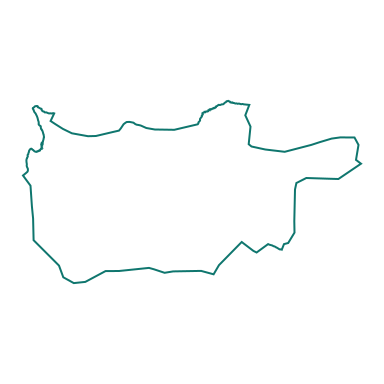 outline of Shine-Ider, Hövsgöl, Mongolia
{"feature_id": "93677404B2181699947628", "entity_name": "Shine-Ider", "entity_type": "district", "adm_level": 2, "iso_a3": "MNG", "parent_name": "Mongolia", "parent_adm1": "Hövsgöl", "projection": "robinson", "projection_center": [99.405, 49.039], "detail": "fine", "context": "isolated", "style": "outline", "palette": "teal", "viewbox_px": 384, "rotation_deg": 0, "n_neighbors": 0, "source": "geoboundaries", "source_scale": "gbopen_adm2", "svg_char_len": 5495}
<svg xmlns="http://www.w3.org/2000/svg" viewBox="0 0 384 384"><path d="M31.1,148.7L30.3,149.1L29.6,149.9L29.3,150.6L29.0,151.0L28.9,151.5L28.9,152.1L28.7,152.5L28.4,153.2L28.3,153.6L28.3,154.1L27.9,154.6L27.6,155.0L27.6,155.6L27.8,156.2L27.7,156.8L27.4,157.2L27.1,157.6L27.1,157.9L27.1,158.1L27.0,158.4L26.6,159.0L26.4,160.3L26.5,162.2L26.7,163.2L26.8,164.2L26.8,164.9L26.7,165.7L26.8,166.3L27.2,167.4L27.8,168.6L27.9,169.5L27.9,170.3L27.7,171.2L27.4,171.8L25.8,173.2L23.0,175.5L30.5,185.7L31.9,206.2L33.1,218.6L33.6,240.2L59.0,265.6L63.3,277.3L73.8,283.1L85.3,281.9L105.5,271.1L119.0,271.0L149.0,267.9L154.0,269.3L164.6,272.8L173.1,271.4L201.1,270.9L213.6,274.3L219.0,265.1L241.7,242.0L253.4,250.9L256.6,252.5L268.1,244.1L268.9,244.5L269.8,244.8L272.0,245.4L272.4,245.5L273.0,245.9L273.5,246.2L274.0,246.3L274.5,246.4L275.8,247.1L276.1,247.4L277.1,247.8L278.5,248.7L279.5,249.3L280.2,249.5L280.8,249.3L281.2,249.3L281.5,249.4L281.8,249.6L284.0,244.1L288.2,243.0L294.5,232.6L294.3,221.2L295.0,189.5L296.4,183.0L306.3,178.0L331.2,178.8L338.4,179.0L361.0,163.7L356.0,159.9L358.5,144.9L354.5,137.5L340.3,137.4L331.6,138.6L319.9,142.1L311.3,144.9L284.7,151.8L265.3,149.5L251.5,146.5L248.7,144.2L250.5,126.6L245.3,115.3L249.3,104.9L243.5,104.3L243.1,104.1L242.7,104.0L242.3,104.0L241.4,104.2L241.0,104.2L240.6,104.0L239.6,103.8L239.2,103.6L238.7,103.6L238.2,103.7L237.6,103.8L236.9,103.5L236.5,103.4L235.6,103.5L235.2,103.5L234.3,103.1L234.0,103.0L233.1,103.0L232.7,102.8L232.6,102.5L232.2,102.4L232.0,102.5L231.8,102.6L231.6,102.7L231.3,102.7L231.0,102.6L230.9,102.4L230.7,102.4L230.3,102.3L230.3,102.1L230.1,101.8L229.8,101.7L229.7,101.6L229.5,101.4L229.2,101.3L228.9,101.3L228.7,101.2L228.2,100.9L227.9,101.1L227.5,101.2L227.2,101.1L226.9,101.2L226.5,101.3L226.4,101.5L226.1,101.9L225.9,102.1L225.7,102.3L225.0,102.6L224.6,102.9L224.3,103.2L223.9,103.7L223.4,104.1L223.0,104.3L222.6,104.3L221.8,104.3L220.5,104.9L219.8,105.0L219.6,105.0L219.2,104.9L218.9,104.8L218.6,104.9L217.8,105.4L217.2,106.0L216.2,106.3L216.0,106.5L215.9,107.1L215.9,107.3L215.1,107.7L215.0,107.8L214.9,107.7L214.7,107.6L214.3,107.9L214.2,108.0L213.8,107.9L213.5,108.0L213.4,108.1L213.4,108.5L212.9,108.6L212.6,108.5L212.4,108.6L212.2,108.7L212.1,108.9L211.8,109.2L211.6,109.3L211.4,109.3L211.0,109.1L210.8,109.1L210.7,109.1L210.5,109.5L210.3,109.5L210.2,109.4L209.9,109.3L209.7,109.3L209.6,109.6L209.6,109.8L209.6,110.0L209.1,109.8L208.6,110.2L208.3,110.3L208.3,110.5L208.2,110.7L208.3,110.9L208.3,111.1L208.0,111.3L207.8,111.4L207.4,111.5L207.1,111.5L206.6,111.4L206.4,111.4L206.1,111.5L205.7,111.6L205.6,112.0L205.4,112.2L205.2,112.1L205.1,111.9L204.8,111.8L204.7,111.8L204.7,112.0L204.7,112.3L204.2,112.4L204.0,112.5L203.5,112.5L203.3,112.6L203.0,112.9L202.4,113.2L202.4,113.3L202.4,113.5L202.6,113.6L202.7,113.8L202.8,114.3L202.8,114.5L202.7,114.6L202.4,115.0L201.9,115.4L201.8,115.6L201.7,115.8L201.7,116.0L201.8,116.1L201.9,116.3L201.9,116.5L200.8,117.9L200.3,118.5L200.1,118.8L200.1,119.1L200.0,119.4L200.0,119.7L200.1,120.1L200.0,120.5L199.8,120.9L199.4,121.4L198.9,121.9L198.5,122.3L198.4,122.5L198.4,123.3L198.3,123.5L198.2,123.6L198.0,124.0L197.7,124.3L174.3,129.8L154.8,129.5L146.3,128.0L140.7,125.5L138.6,125.0L136.7,124.7L135.3,124.1L133.5,122.7L131.6,122.3L129.5,121.9L126.8,122.0L126.2,122.3L125.3,122.9L123.6,124.2L120.8,128.4L119.0,130.6L112.9,132.0L95.9,136.0L88.0,136.2L71.9,133.3L62.9,128.9L55.3,124.1L50.6,121.0L54.2,113.4L53.7,113.2L53.3,113.2L52.9,113.2L52.1,113.4L51.6,113.5L51.0,113.4L50.4,113.3L50.1,113.3L49.8,113.4L49.3,113.4L49.0,113.4L48.5,113.3L47.3,112.8L46.4,112.4L46.0,112.4L45.4,112.4L44.8,112.4L44.2,111.8L44.0,111.6L43.2,111.5L42.6,111.0L42.3,110.9L42.1,110.7L42.0,110.3L41.9,110.1L41.6,109.8L41.5,109.7L41.6,109.1L41.5,108.9L41.2,108.7L40.4,108.5L38.4,107.4L38.0,107.3L37.8,107.1L37.9,106.6L37.8,106.4L37.6,106.2L37.1,106.0L36.8,106.0L35.4,106.2L35.2,106.2L34.9,106.4L34.4,106.9L33.5,107.7L32.9,108.0L32.8,108.3L32.8,108.6L33.0,109.0L33.7,110.1L33.7,110.4L34.1,111.3L34.2,111.7L34.5,112.2L35.6,113.5L37.0,116.4L37.6,118.1L37.7,118.6L37.8,119.0L38.0,119.9L38.1,120.4L38.2,120.7L38.5,121.3L38.7,122.3L38.7,122.8L38.8,123.3L38.7,123.6L38.6,124.0L38.7,124.3L38.8,124.6L39.0,124.9L39.9,125.7L40.1,125.9L40.4,125.9L40.6,126.1L40.7,126.3L40.8,126.6L40.8,127.2L40.8,127.6L41.0,128.8L41.1,129.0L41.4,129.2L41.6,129.3L41.7,129.5L41.9,129.8L41.9,130.1L41.9,130.3L42.3,130.6L42.4,130.9L42.6,131.3L42.9,132.4L43.0,132.7L43.1,133.0L43.2,133.3L43.2,133.8L43.4,134.1L43.6,134.4L43.8,136.0L44.0,136.9L44.0,137.1L44.0,137.4L43.9,137.6L43.7,137.9L43.7,138.4L43.7,138.5L43.5,139.0L43.5,139.5L43.3,140.1L43.1,140.6L43.0,141.2L43.0,141.5L42.9,141.8L42.8,142.1L42.7,142.2L42.4,142.3L42.2,142.3L42.0,142.5L41.8,142.8L41.6,143.0L41.5,143.5L41.8,143.7L41.9,143.8L42.1,143.8L42.4,143.7L42.7,143.7L42.7,143.8L42.7,144.0L42.3,144.1L42.0,144.3L41.9,144.6L41.6,144.4L41.3,144.3L41.2,144.4L41.2,144.5L41.3,144.9L41.4,145.3L41.7,145.5L42.0,145.5L42.2,145.8L42.0,146.0L41.7,146.0L41.5,146.6L41.5,147.2L41.5,147.3L41.8,147.6L42.0,147.7L42.1,147.9L41.6,148.0L41.5,148.3L41.6,148.7L41.6,148.8L41.1,148.7L40.9,148.8L40.5,149.5L40.1,149.7L40.0,149.9L39.9,150.0L40.0,150.3L40.0,150.5L39.9,150.6L39.4,150.8L38.8,150.6L38.6,150.7L38.6,150.8L38.6,151.1L38.4,151.2L38.0,151.0L37.8,151.1L37.5,151.4L37.1,151.4L37.0,151.7L36.9,151.8L36.6,151.9L36.2,151.9L35.2,151.6L34.7,151.4L33.9,150.8L33.3,150.1L32.9,149.9L32.5,149.7L32.2,149.4L32.1,149.2L31.9,149.0L31.3,148.7L31.1,148.7Z" fill="none" stroke="#0f766e" stroke-width="2"/></svg>